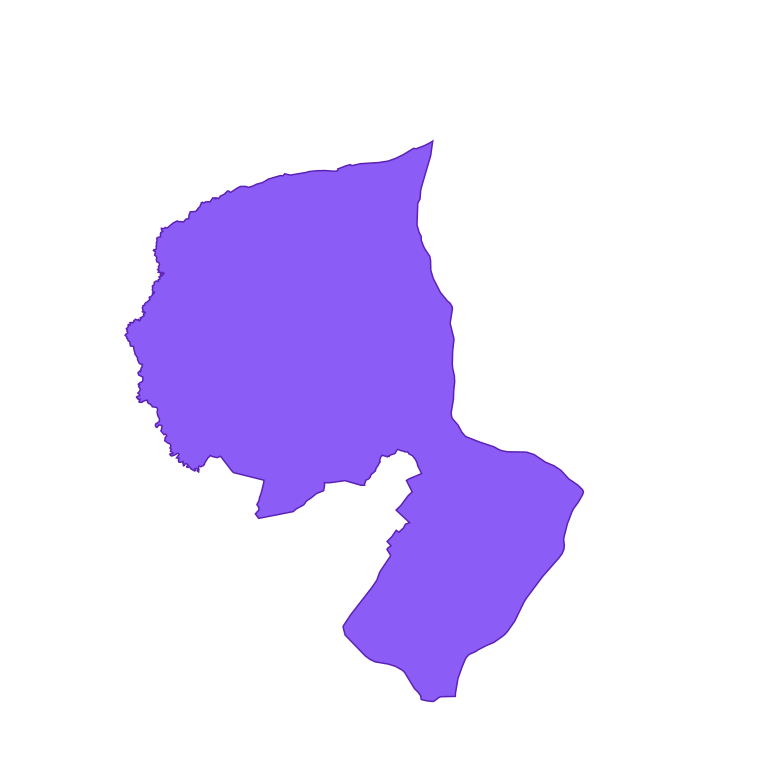 Prachaksinlapakhom, Udon Thani, Thailand (Robinson projection), rotated 44°
{"feature_id": "78962969B6434448964303", "entity_name": "Prachaksinlapakhom", "entity_type": "district", "adm_level": 2, "iso_a3": "THA", "parent_name": "Thailand", "parent_adm1": "Udon Thani", "projection": "robinson", "projection_center": [102.94, 17.257], "detail": "fine", "context": "isolated", "style": "filled", "palette": "violet", "viewbox_px": 768, "rotation_deg": 44, "n_neighbors": 0, "source": "geoboundaries", "source_scale": "gbopen_adm2", "svg_char_len": 6170}
<svg xmlns="http://www.w3.org/2000/svg" viewBox="0 0 768 768"><g transform="rotate(44 384 384)"><path d="M639.1,501.6L642.6,493.3L644.6,482.7L644.9,479.7L644.6,475.4L642.8,463.8L636.3,444.0L635.2,438.9L631.8,412.1L630.7,387.8L629.9,382.0L628.2,377.8L625.7,374.7L621.3,371.1L619.9,369.2L613.0,357.1L608.1,345.7L607.0,342.2L605.9,334.2L603.7,325.5L602.5,323.2L600.9,322.3L599.2,322.1L593.4,322.1L582.8,323.9L571.3,323.2L563.1,324.7L554.8,328.0L540.9,330.5L533.7,334.1L520.1,346.8L515.7,349.8L512.7,351.2L506.7,352.8L493.4,359.2L479.2,365.1L473.6,364.6L465.7,362.1L457.2,361.4L455.8,360.8L452.5,358.3L444.5,346.7L439.0,340.6L433.4,333.4L428.9,329.2L422.5,325.0L419.1,322.0L410.6,312.7L403.1,303.0L389.3,294.3L381.1,282.5L379.6,281.2L375.7,280.0L371.3,280.2L360.8,278.9L346.0,273.8L338.7,269.7L331.7,262.8L328.2,260.3L319.3,258.4L316.4,257.3L311.1,254.8L308.1,251.9L303.8,250.5L297.3,246.7L282.7,230.5L281.4,225.9L276.0,219.4L274.3,216.6L259.0,187.4L250.3,175.4L249.6,178.5L247.2,185.1L243.7,192.5L241.6,193.9L238.4,206.0L235.6,213.7L232.1,220.8L226.5,228.2L214.1,241.8L209.1,249.4L207.5,249.5L205.2,253.2L201.4,261.4L202.6,262.6L200.7,265.3L193.2,271.5L187.8,277.0L182.5,283.2L181.1,285.8L171.5,298.8L166.5,301.8L166.8,304.3L164.7,306.0L158.6,316.7L156.7,323.6L153.4,329.0L152.4,332.2L150.1,336.5L147.2,338.0L143.6,341.5L142.5,344.3L140.7,352.3L139.7,353.2L138.8,352.9L137.5,353.6L137.2,356.8L137.5,357.9L135.8,362.4L136.2,365.5L134.6,366.2L134.5,367.5L133.8,367.0L133.1,367.4L133.1,368.2L131.6,368.9L132.3,373.8L129.3,376.7L128.4,379.1L127.0,379.5L126.8,380.9L127.4,381.4L127.5,382.6L128.4,384.0L128.2,387.1L129.0,388.0L128.5,388.9L128.7,390.7L125.0,394.7L126.4,398.0L128.4,400.3L128.3,401.5L127.5,402.0L127.0,403.4L127.3,406.7L124.5,408.7L123.6,410.0L122.2,410.2L121.7,411.0L120.5,414.7L119.6,422.5L118.9,423.1L118.1,423.1L117.5,425.4L115.7,426.6L116.9,427.7L118.9,428.0L118.2,430.0L119.0,431.5L121.0,433.3L119.5,435.6L119.3,437.1L120.9,438.2L122.1,440.4L123.9,442.1L124.3,443.3L126.0,444.3L126.3,445.8L125.2,447.2L125.2,448.0L126.2,448.1L127.3,447.5L128.1,448.2L129.5,450.7L131.0,450.4L132.6,450.8L133.9,452.8L135.7,453.9L137.6,453.1L139.1,453.6L140.1,454.9L140.0,456.0L141.8,457.6L141.7,459.0L143.2,458.7L144.0,460.5L145.5,459.0L146.5,459.9L147.4,457.4L148.9,457.3L149.1,458.1L148.2,459.5L149.2,460.2L148.7,460.8L147.5,461.0L148.5,462.1L147.8,463.3L149.6,463.7L149.8,464.5L149.2,465.8L150.4,466.9L148.5,468.2L148.1,470.6L149.1,471.4L149.7,472.5L149.3,473.8L149.6,474.9L150.8,475.3L151.7,477.0L152.9,477.8L154.9,477.3L155.6,478.3L155.5,478.9L154.2,479.2L155.7,481.1L155.6,483.4L154.9,484.3L155.0,484.9L157.0,485.9L156.7,487.0L156.8,489.4L156.2,490.4L156.1,492.1L157.0,493.3L156.2,495.1L156.9,495.6L157.1,497.0L159.8,498.6L160.0,499.9L160.5,499.8L161.1,498.5L161.8,498.8L162.6,498.5L162.7,499.0L162.2,499.9L162.6,501.0L163.9,501.4L163.3,503.8L163.7,505.2L162.7,505.6L164.3,507.4L164.3,508.3L163.9,508.6L162.5,508.2L162.1,509.4L160.2,510.1L160.1,512.3L160.8,512.5L160.9,514.5L159.9,514.7L158.6,516.4L159.7,516.6L159.7,517.5L160.3,518.2L158.9,518.7L158.8,519.1L160.3,520.6L160.3,523.3L161.3,523.1L162.2,524.5L163.6,524.7L164.2,525.3L163.7,527.4L163.9,528.8L166.6,528.9L167.2,529.8L168.3,529.7L170.0,530.6L171.7,530.2L175.1,532.8L177.7,531.0L181.5,533.8L182.9,534.3L183.8,535.3L188.6,536.4L189.7,537.6L193.5,539.1L194.6,539.0L196.5,537.7L197.0,538.7L198.2,539.6L198.0,540.4L198.7,542.2L200.1,543.4L200.1,544.3L199.3,544.3L199.2,546.3L199.5,547.1L201.4,547.9L205.9,546.5L208.2,549.4L208.4,550.3L207.6,552.3L207.4,554.8L208.9,554.5L208.9,556.1L212.7,557.2L213.3,560.1L213.2,561.5L213.7,561.7L214.8,561.2L216.3,562.1L215.1,564.5L215.0,565.2L215.4,565.6L217.8,565.7L219.1,564.4L219.9,566.8L220.7,567.1L222.6,565.3L222.9,563.4L224.7,560.2L225.5,560.2L226.4,561.3L228.0,561.6L230.3,560.7L233.2,561.3L236.4,559.0L237.7,558.8L239.2,560.0L240.1,561.7L241.6,562.8L243.3,563.9L247.0,565.2L248.4,567.3L247.5,571.5L248.7,572.9L249.8,573.3L250.9,573.0L250.6,569.8L252.8,568.3L253.4,568.3L255.3,570.9L256.0,572.7L260.9,573.3L261.7,571.8L263.4,571.9L263.8,572.5L263.7,574.3L265.6,577.1L270.2,576.5L271.2,575.6L273.1,576.2L273.9,576.9L274.5,578.7L276.3,578.7L276.9,580.6L277.8,580.7L279.4,580.1L280.2,580.4L280.0,581.7L278.6,582.7L278.8,583.3L279.5,583.6L281.2,583.4L282.6,580.9L283.5,577.7L284.6,576.8L285.6,577.4L286.1,581.3L288.1,579.8L289.2,581.8L290.7,582.7L291.9,581.8L293.4,579.4L294.3,580.6L296.6,582.1L297.0,581.2L296.3,579.4L298.3,578.2L299.6,578.4L299.3,580.4L300.1,580.8L300.8,580.3L301.7,578.7L304.2,579.2L308.3,578.0L308.4,577.2L307.1,576.7L306.8,576.2L308.5,574.6L309.1,574.7L310.0,576.2L311.7,576.0L310.0,573.8L308.9,573.4L307.9,571.7L309.7,570.8L310.7,568.2L310.7,566.7L309.9,565.4L308.6,559.0L308.9,557.6L308.6,556.2L310.7,555.5L315.1,552.9L316.6,549.5L335.5,552.3L337.4,552.2L364.4,536.6L365.9,538.3L371.8,548.5L373.1,551.7L375.1,554.8L376.3,559.0L379.8,559.9L381.5,561.4L381.7,566.8L387.2,567.7L407.3,538.9L407.7,534.7L410.2,526.6L409.5,522.0L410.7,516.7L411.5,509.7L414.7,502.7L411.8,498.4L409.8,496.4L413.9,492.3L423.1,480.6L437.7,472.9L440.4,470.2L439.5,469.5L437.8,465.7L438.8,463.3L438.8,460.7L438.0,459.2L437.7,457.4L438.2,452.5L436.9,450.3L436.2,446.2L435.5,444.5L435.5,443.1L435.1,442.5L434.0,442.1L432.0,437.9L432.5,437.1L432.3,436.4L437.2,433.9L437.0,432.8L438.0,432.5L437.8,431.2L438.1,430.3L440.2,426.3L439.3,423.3L439.4,421.4L442.9,420.0L444.2,418.9L446.1,418.4L448.1,416.4L450.6,416.9L454.2,415.8L459.0,416.4L463.0,418.0L465.1,419.4L473.3,422.3L468.1,434.4L467.1,437.8L479.3,442.1L478.9,447.1L480.5,459.7L480.3,466.3L498.8,466.0L496.8,469.9L498.0,473.8L497.7,480.2L494.4,480.8L495.7,488.4L495.6,495.1L501.5,495.5L500.7,499.1L501.0,500.9L507.6,502.6L508.2,503.5L511.2,520.4L512.1,523.4L515.1,530.1L515.6,532.8L516.6,538.7L520.3,572.9L522.8,586.3L523.6,587.4L530.5,591.6L559.5,592.6L565.4,591.8L570.7,590.0L581.8,582.4L588.3,579.2L596.2,577.1L599.5,577.2L617.7,582.0L622.3,582.0L626.9,582.8L630.0,585.1L634.7,582.3L638.9,579.1L639.9,578.2L640.4,576.9L641.3,571.2L642.1,569.5L652.3,559.2L650.2,556.8L641.7,544.3L636.8,533.5L633.6,525.4L633.1,522.6L633.2,519.1L635.7,513.0L636.4,509.7L639.1,501.6Z" fill="#8b5cf6" stroke="#5b21b6" stroke-width="1.5"/></g></svg>